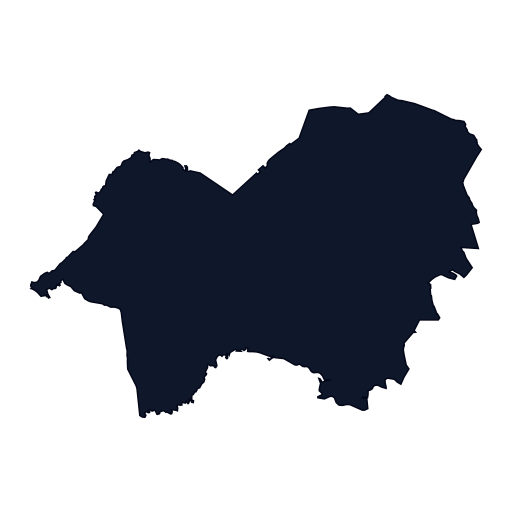 the district of Atizapán de Zaragoza, México, Mexico
{"feature_id": "50627088B87353641486675", "entity_name": "Atizapán de Zaragoza", "entity_type": "district", "adm_level": 2, "iso_a3": "MEX", "parent_name": "Mexico", "parent_adm1": "México", "projection": "albers", "projection_center": [-99.273, 19.564], "detail": "fine", "context": "isolated", "style": "filled", "palette": "ink", "viewbox_px": 512, "rotation_deg": 0, "n_neighbors": 0, "source": "geoboundaries", "source_scale": "gbopen_adm2", "svg_char_len": 6046}
<svg xmlns="http://www.w3.org/2000/svg" viewBox="0 0 512 512"><path d="M31.1,288.6L32.9,289.2L35.7,290.9L37.8,292.7L41.0,296.3L46.3,295.3L46.5,296.6L47.6,296.5L48.5,298.0L49.8,297.5L47.8,294.0L46.6,289.6L48.4,288.6L49.9,288.3L51.6,289.6L52.2,289.5L53.3,288.6L55.1,288.5L56.0,287.9L56.4,285.3L56.8,284.6L57.8,285.4L58.4,285.2L59.5,285.8L60.1,285.2L59.2,283.5L60.9,282.5L60.8,280.8L62.4,279.2L63.4,280.4L64.9,283.4L67.6,285.1L70.9,286.6L74.3,290.7L80.0,293.2L81.2,292.2L84.7,298.7L88.4,300.9L90.9,301.8L101.6,303.6L102.9,304.0L104.4,305.2L106.1,305.1L107.4,305.5L110.6,307.1L114.7,307.1L118.1,308.1L119.8,309.0L120.5,310.0L121.3,312.6L122.4,321.7L126.6,348.4L127.2,350.6L127.0,355.6L127.5,358.1L127.4,361.9L127.7,369.0L136.2,385.9L137.0,388.7L139.8,415.5L142.2,417.0L144.8,417.3L145.1,417.1L145.9,415.2L144.2,413.8L145.2,413.1L144.9,412.3L146.7,411.5L147.3,412.3L148.8,412.7L149.6,412.4L149.6,411.8L148.7,410.7L149.9,409.5L151.3,410.9L152.8,411.0L153.7,410.3L155.3,410.6L156.9,414.2L157.5,414.4L159.3,413.8L159.7,413.2L159.2,412.2L163.1,410.7L164.7,411.2L165.8,412.3L166.9,412.0L170.7,414.0L171.6,413.7L171.9,413.2L172.2,411.6L171.5,410.1L173.3,409.8L176.5,410.4L177.4,410.8L177.7,408.2L177.1,405.3L177.5,404.7L180.3,405.2L181.9,405.0L181.9,402.0L182.2,401.9L183.5,402.7L185.3,403.1L186.2,401.4L187.9,403.6L188.4,403.5L189.3,401.5L188.8,400.5L188.9,399.5L189.5,399.0L189.3,399.7L189.6,400.1L190.9,400.5L191.6,402.2L193.2,402.6L193.5,400.7L192.1,400.2L191.7,399.5L191.8,396.1L192.2,394.8L193.3,394.5L193.8,393.4L194.4,392.8L194.3,391.5L195.8,391.9L197.0,390.0L196.7,389.3L197.5,388.6L199.7,387.7L201.8,383.8L203.8,382.1L204.7,379.3L204.2,378.0L204.4,376.7L206.3,374.7L206.5,373.7L205.8,373.6L205.6,371.4L207.5,367.7L207.7,364.9L208.5,364.4L210.4,365.8L213.6,365.6L214.6,367.1L215.7,367.6L216.9,365.7L215.6,359.9L216.9,357.1L218.1,355.7L220.2,354.8L222.0,356.3L223.3,354.8L225.6,355.0L226.2,356.0L225.7,357.7L226.9,358.7L227.7,357.8L227.1,353.5L228.4,353.9L229.1,355.3L229.8,353.1L230.4,352.3L235.4,349.3L236.9,350.2L236.4,351.0L240.6,351.2L239.6,350.5L240.2,349.9L242.6,349.4L244.0,350.5L245.9,349.1L245.9,347.4L248.0,348.3L247.6,351.3L247.9,351.5L251.3,351.7L251.7,351.3L253.5,351.3L253.3,351.7L256.5,351.9L261.5,353.1L261.4,353.3L270.7,356.7L272.6,356.2L271.3,357.6L270.8,359.0L269.4,359.1L268.6,358.5L268.0,358.6L269.3,360.2L273.0,357.4L283.8,358.6L294.9,364.9L296.7,365.1L299.6,364.1L302.5,366.3L304.2,366.7L307.3,366.5L309.4,368.4L310.7,370.7L312.1,372.1L313.7,372.7L318.1,372.4L320.2,373.3L322.5,375.8L324.7,380.4L328.7,379.5L329.6,379.9L322.0,382.2L320.6,379.6L319.7,378.7L318.8,378.4L320.6,383.4L319.8,386.5L319.2,389.9L319.3,390.8L321.8,393.1L322.1,394.0L321.7,394.9L318.0,396.6L317.7,397.0L317.9,397.8L324.4,398.9L330.2,396.3L332.1,396.4L333.4,396.9L334.5,397.9L336.1,402.3L338.5,404.8L339.8,405.2L342.6,405.4L346.5,404.5L349.8,404.6L362.2,410.1L364.3,410.2L365.4,409.8L367.8,408.6L366.8,398.6L361.9,398.0L363.0,397.0L367.5,397.7L368.0,394.9L368.1,391.0L368.6,390.5L370.4,390.0L372.4,388.6L373.2,386.6L374.0,385.9L375.0,385.4L377.6,385.1L381.7,387.1L386.1,388.4L386.1,387.0L385.2,383.3L385.0,380.3L385.3,379.4L387.6,378.1L394.4,379.3L397.3,382.1L400.9,384.2L403.9,377.3L408.9,368.9L406.2,365.0L404.0,354.4L403.3,350.0L403.7,347.1L404.3,345.6L404.0,343.1L413.1,332.5L415.6,332.2L414.1,330.5L419.5,319.9L438.3,319.9L439.7,317.8L437.6,314.1L437.1,314.4L434.3,306.9L434.1,306.4L433.5,306.6L431.9,300.2L431.4,295.8L430.6,294.7L430.2,288.9L430.8,288.3L430.6,285.0L429.9,285.2L429.9,284.1L428.2,282.9L431.8,279.4L435.1,277.0L439.6,274.9L441.5,274.5L448.6,277.8L454.7,279.4L456.7,276.0L455.7,274.9L452.8,273.1L449.7,272.3L449.2,272.4L449.0,272.0L452.5,269.7L454.4,271.2L459.9,274.0L463.9,277.4L466.4,275.0L472.2,267.7L466.1,258.4L463.9,252.5L463.5,251.8L462.1,250.9L462.1,250.3L461.0,247.4L478.4,248.5L471.0,224.4L477.6,223.3L479.2,222.4L478.2,218.5L476.9,215.6L476.3,212.6L476.5,210.2L474.0,207.7L472.7,205.8L472.0,203.5L469.8,200.1L469.2,197.8L467.1,195.2L463.3,185.4L462.6,181.9L463.3,181.3L463.6,179.6L464.2,178.4L476.6,156.8L481.3,149.5L478.2,145.7L477.6,144.5L477.0,144.1L477.2,142.2L476.6,141.4L476.8,139.9L475.6,138.6L474.0,135.7L473.0,135.0L470.1,134.1L468.4,132.9L467.7,131.7L467.3,131.2L467.2,129.9L465.3,126.8L465.1,126.2L465.7,124.5L464.0,121.5L459.6,120.6L455.3,120.4L453.9,119.6L451.2,119.1L434.2,110.6L432.5,110.2L414.9,103.7L401.8,100.6L398.2,100.3L391.5,97.4L389.3,95.8L387.0,94.7L385.0,96.5L384.9,98.4L384.0,98.5L368.8,112.9L358.2,114.3L350.4,108.1L347.3,108.2L334.4,106.8L329.7,107.1L318.7,108.5L309.2,110.2L299.1,138.2L291.2,144.1L290.6,144.4L289.8,143.5L286.7,145.7L284.5,148.1L278.6,152.1L270.2,159.0L268.7,160.5L267.6,162.3L267.2,163.4L267.4,165.7L265.2,168.1L263.0,165.8L258.4,169.9L260.3,172.0L257.4,174.4L256.5,173.1L232.6,195.0L200.1,173.0L190.0,170.8L189.3,171.6L188.1,171.4L187.5,170.8L187.4,167.2L186.3,165.8L184.9,165.9L185.7,168.4L185.7,171.2L183.0,169.3L182.9,167.6L180.0,164.5L177.9,163.0L174.5,161.3L173.0,161.1L172.1,160.3L171.2,160.4L168.8,159.8L168.5,159.4L167.5,159.1L165.2,159.2L164.4,158.8L162.7,158.6L162.0,158.7L159.4,160.1L158.4,159.8L153.7,159.5L153.1,159.7L150.2,162.3L150.0,158.1L148.9,155.6L149.6,152.6L147.9,152.1L145.0,152.8L140.3,151.4L139.4,150.4L138.7,150.2L137.9,151.3L134.6,152.5L134.2,153.0L134.1,154.5L131.9,155.2L131.3,157.5L130.7,157.9L127.7,159.7L123.9,161.0L122.5,162.4L121.2,165.9L119.8,166.7L117.5,167.2L116.9,167.7L114.5,170.7L114.5,171.8L113.1,171.6L112.0,174.5L109.2,174.5L106.2,180.9L105.5,186.1L104.1,185.9L102.7,187.0L102.8,188.4L101.3,189.2L100.8,191.0L98.8,193.2L96.1,192.1L95.5,192.6L96.4,195.1L94.7,196.4L95.0,199.1L94.0,199.5L94.7,201.0L93.2,204.1L93.4,205.6L96.2,206.5L103.7,214.2L96.1,227.0L89.5,235.4L88.6,237.0L88.2,239.6L84.3,243.4L83.7,244.4L75.3,251.6L73.1,251.5L67.4,257.5L66.5,257.5L65.7,259.0L62.1,262.5L60.0,263.9L55.1,270.0L54.3,270.5L52.1,270.8L49.4,273.3L48.8,273.3L47.3,272.3L44.6,273.4L40.5,276.4L38.9,280.0L37.5,281.7L36.5,282.3L33.8,282.6L31.9,281.9L30.7,285.1L30.9,286.3L31.8,288.1L31.1,288.6Z" fill="#0f172a" stroke="#020617" stroke-width="1.5"/></svg>